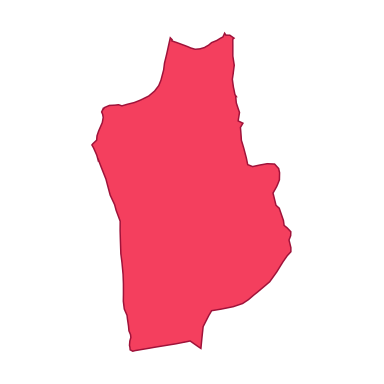 outline of Potupo, River Gee, Liberia, rotated 170°
{"feature_id": "62588387B58359330496040", "entity_name": "Potupo", "entity_type": "district", "adm_level": 2, "iso_a3": "LBR", "parent_name": "Liberia", "parent_adm1": "River Gee", "projection": "albers", "projection_center": [-7.817, 5.334], "detail": "fine", "context": "isolated", "style": "filled", "palette": "rose", "viewbox_px": 384, "rotation_deg": 170, "n_neighbors": 0, "source": "geoboundaries", "source_scale": "gbopen_adm2", "svg_char_len": 2068}
<svg xmlns="http://www.w3.org/2000/svg" viewBox="0 0 384 384"><g transform="rotate(170 192 192)"><path d="M105.7,205.0L105.9,205.2L113.0,206.8L120.0,206.8L127.9,206.5L132.4,209.3L132.6,216.2L133.4,225.9L133.9,230.4L134.0,231.3L134.4,234.3L134.0,237.8L133.4,243.8L133.1,247.2L129.9,250.9L134.2,254.0L131.4,262.1L132.0,265.8L132.9,272.0L132.4,278.4L131.8,278.3L132.8,280.5L132.9,285.7L133.0,287.4L133.0,287.8L133.0,288.2L132.7,296.0L131.0,301.1L130.8,301.5L130.7,302.1L128.4,309.5L128.2,318.7L126.6,327.8L125.3,335.4L123.9,336.2L127.5,339.8L131.4,340.6L132.3,342.7L133.5,340.9L134.7,339.3L135.0,339.2L137.0,338.6L141.3,336.9L146.8,335.7L150.2,333.7L153.4,332.6L154.5,332.1L159.4,331.6L164.1,332.0L168.3,334.1L170.7,335.7L173.5,337.4L181.4,342.0L182.7,342.7L183.8,343.3L185.6,344.4L185.1,345.4L186.6,347.6L189.4,340.9L192.8,332.6L196.7,323.7L198.7,317.2L203.2,307.4L206.3,302.5L211.3,297.9L218.0,294.0L227.0,291.4L233.4,290.1L240.7,289.6L246.1,289.0L249.2,290.7L252.8,290.9L258.3,291.6L263.4,290.4L264.5,289.4L264.4,290.4L267.1,286.5L266.5,284.0L266.5,280.8L268.3,275.9L273.4,268.2L275.8,263.8L276.9,259.6L281.3,256.7L282.4,255.7L281.3,252.6L279.4,244.9L278.9,239.6L278.6,240.0L277.2,232.8L274.5,219.6L274.0,213.5L273.1,203.1L270.4,193.0L269.9,187.2L267.8,175.7L269.5,166.4L270.9,156.9L272.8,143.5L273.2,134.9L274.2,122.7L275.5,113.4L277.3,103.1L278.6,96.4L279.0,88.5L277.4,81.8L277.6,78.4L277.8,71.2L278.2,66.2L277.3,62.2L277.5,59.3L279.1,56.0L280.1,52.2L280.2,51.8L280.1,49.6L280.3,47.3L278.0,45.5L275.5,45.7L262.9,45.6L259.1,45.6L255.8,45.6L234.2,45.3L219.7,45.6L212.8,38.7L210.4,36.4L209.7,38.9L207.5,46.8L204.4,57.5L196.8,67.6L193.3,71.7L183.7,71.6L171.3,71.9L161.5,73.4L155.1,76.2L149.6,79.5L145.0,82.0L131.1,90.1L122.5,98.5L117.7,103.9L114.4,107.6L109.3,112.7L105.0,116.0L104.3,120.0L104.8,127.9L102.4,131.9L101.6,135.7L104.4,140.0L107.1,143.1L106.9,148.1L108.8,160.1L108.9,160.9L110.5,162.9L110.8,163.3L111.6,164.4L112.4,176.9L107.8,182.5L106.2,184.9L103.8,188.8L102.4,195.8L102.6,200.1L105.7,205.0Z" fill="#f43f5e" stroke="#9f1239" stroke-width="1.5"/></g></svg>